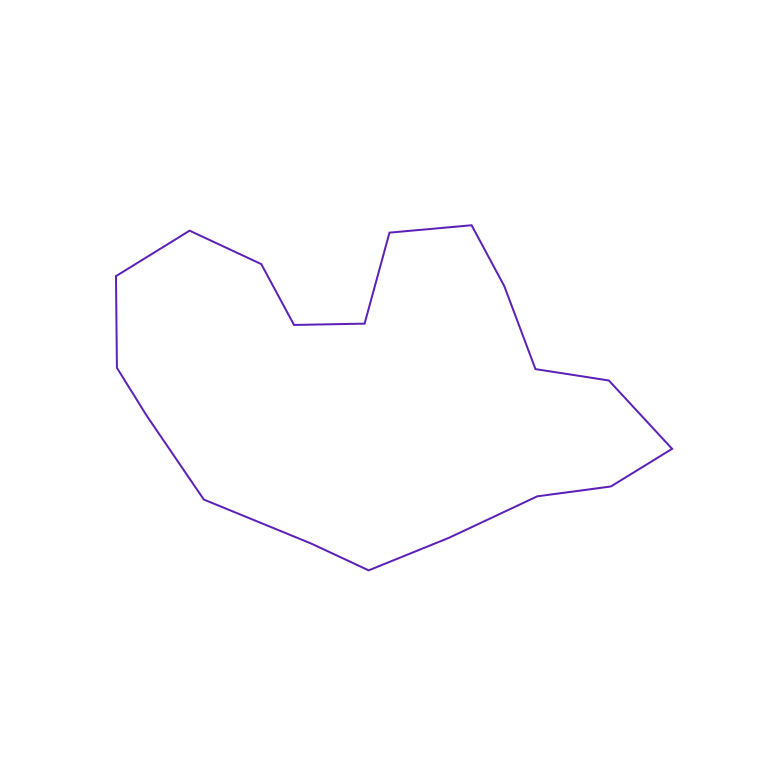 map outline of Novo Brdo (Equal Earth projection), rotated 205°
{"feature_id": "KOS-5906", "entity_name": "Novo Brdo", "entity_type": "District", "adm_level": 1, "iso_a3": "XKX", "parent_name": "Kosovo", "parent_adm1": "", "projection": "equal_earth", "projection_center": [21.392, 42.572], "detail": "fine", "context": "isolated", "style": "outline", "palette": "violet", "viewbox_px": 768, "rotation_deg": 205, "n_neighbors": 0, "source": "natural_earth", "source_scale": "10m", "svg_char_len": 405}
<svg xmlns="http://www.w3.org/2000/svg" viewBox="0 0 768 768"><g transform="rotate(205 384 384)"><path d="M545.9,440.8L490.5,399.5L427.1,430.5L443.0,523.5L371.7,564.9L316.3,523.5L253.0,461.5L181.7,482.2L95.5,447.0L135.1,387.0L197.6,347.0L260.2,272.0L319.2,208.6L382.9,208.6L498.4,203.1L585.4,254.8L632.9,285.8L672.5,368.5L625.0,440.8L545.9,440.8Z" fill="none" stroke="#5b21b6" stroke-width="2"/></g></svg>